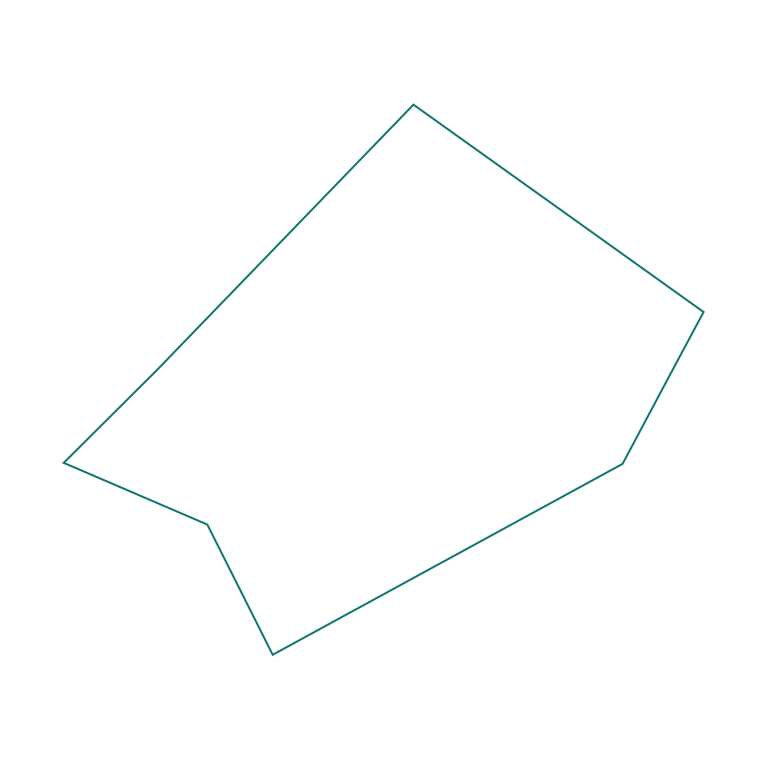 the state/province of Cascade, rotated 276°
{"feature_id": "SYC-5208", "entity_name": "Cascade", "entity_type": "state/province", "adm_level": 1, "iso_a3": "SYC", "parent_name": "Seychelles", "parent_adm1": "", "projection": "natural_earth1", "projection_center": [55.497, -4.666], "detail": "fine", "context": "isolated", "style": "outline", "palette": "teal", "viewbox_px": 768, "rotation_deg": 276, "n_neighbors": 0, "source": "natural_earth", "source_scale": "10m", "svg_char_len": 284}
<svg xmlns="http://www.w3.org/2000/svg" viewBox="0 0 768 768"><g transform="rotate(276 384 384)"><path d="M272.1,73.7L374.5,157.0L664.9,384.1L531.5,619.4L489.0,694.3L420.4,666.4L329.5,629.6L103.1,301.6L225.7,223.0L272.1,73.7Z" fill="none" stroke="#0f766e" stroke-width="2"/></g></svg>